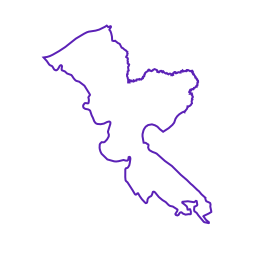 outline of Don Mot Daeng, Ubon Ratchathani, Thailand, rotated 173°
{"feature_id": "78962969B4168813310505", "entity_name": "Don Mot Daeng", "entity_type": "district", "adm_level": 2, "iso_a3": "THA", "parent_name": "Thailand", "parent_adm1": "Ubon Ratchathani", "projection": "orthographic", "projection_center": [104.981, 15.398], "detail": "fine", "context": "isolated", "style": "outline", "palette": "violet", "viewbox_px": 256, "rotation_deg": 173, "n_neighbors": 0, "source": "geoboundaries", "source_scale": "gbopen_adm2", "svg_char_len": 5777}
<svg xmlns="http://www.w3.org/2000/svg" viewBox="0 0 256 256"><g transform="rotate(173 128 128)"><path d="M158.2,108.0L157.4,105.7L152.3,99.3L145.8,96.6L143.9,96.2L141.4,96.2L136.3,96.8L134.2,95.9L132.8,95.7L132.1,96.0L131.7,96.4L130.9,99.0L130.2,99.2L129.7,99.0L129.4,98.2L129.4,97.1L130.5,93.1L131.3,90.8L132.8,88.9L133.5,88.5L135.1,88.2L135.7,87.3L136.7,79.6L136.8,76.5L136.5,75.7L135.1,74.1L131.0,65.6L129.3,61.7L128.8,61.1L128.3,60.9L127.4,61.3L126.6,62.0L125.9,61.9L124.6,58.8L122.8,55.5L120.4,52.2L119.6,51.3L118.9,51.3L118.2,51.7L117.7,53.0L117.3,54.8L116.2,56.2L115.1,57.0L113.8,57.4L113.1,57.8L112.3,58.9L111.1,61.5L110.6,61.7L109.8,61.5L109.0,60.8L105.8,55.7L102.5,52.2L99.6,49.9L97.0,46.5L95.7,45.5L93.1,44.6L89.0,41.2L88.8,40.7L89.2,39.7L91.4,37.0L91.4,36.4L90.9,35.7L89.5,35.2L88.4,35.6L87.4,37.0L86.5,37.7L85.6,37.9L85.0,37.6L83.7,36.2L81.4,35.0L78.3,35.1L76.8,34.8L76.1,35.1L75.8,37.3L76.2,39.7L76.6,39.9L78.4,39.6L78.8,39.8L78.9,41.8L79.3,43.1L80.9,44.9L83.2,47.1L83.2,47.7L82.9,48.1L77.5,48.0L71.5,46.3L70.5,46.7L69.6,47.4L69.1,47.3L68.8,47.1L68.7,46.6L68.6,43.3L69.0,42.7L71.0,41.9L71.6,41.9L71.8,41.6L72.4,38.7L72.2,37.2L70.2,35.4L68.8,32.7L64.2,25.6L63.4,25.1L61.3,24.4L59.7,23.8L59.3,23.9L59.2,24.6L61.9,27.5L63.9,31.2L63.6,31.5L58.2,33.3L55.6,34.5L55.5,35.2L55.9,39.9L55.4,42.1L55.6,43.4L56.1,43.9L59.1,45.7L59.5,46.4L59.9,48.6L59.6,49.2L63.2,53.3L65.3,56.6L66.7,58.0L70.9,63.2L72.6,65.0L75.8,69.1L81.3,75.1L89.1,85.0L95.4,90.8L102.7,99.1L104.1,100.0L106.6,101.3L109.2,103.2L109.9,104.2L110.4,106.2L109.7,108.5L109.9,109.2L110.8,109.8L112.2,111.1L114.3,111.5L114.6,118.0L114.3,120.2L112.9,123.8L112.0,125.2L110.4,127.0L109.5,127.6L108.8,127.8L108.4,128.2L107.4,128.5L103.8,128.7L100.9,127.4L98.6,125.7L96.5,122.9L93.6,120.0L87.6,122.9L83.5,125.7L81.5,127.7L79.7,131.4L77.8,133.6L75.4,135.4L73.5,136.3L72.0,137.0L70.6,137.3L70.1,136.9L70.0,137.4L69.8,137.7L69.2,137.7L68.5,138.6L67.0,140.0L66.3,142.1L65.7,141.7L65.1,142.2L64.2,142.3L62.5,143.5L61.8,144.7L61.5,144.8L61.6,146.8L61.3,147.3L61.2,148.1L60.6,148.4L60.9,149.4L60.5,149.8L60.3,150.5L59.9,150.7L59.8,150.9L60.2,151.8L60.2,152.7L60.4,152.8L60.4,153.3L60.7,153.3L60.7,153.7L61.0,154.4L61.3,154.4L60.9,154.7L61.6,155.0L62.0,155.4L62.6,155.6L62.9,155.9L62.9,156.3L62.3,157.2L60.7,157.5L60.3,158.2L60.5,158.3L61.7,158.1L61.6,158.4L59.2,158.9L58.3,158.5L57.8,159.2L57.6,159.8L56.7,159.9L55.5,160.6L55.4,160.9L54.9,160.7L54.8,161.4L54.4,161.7L54.0,161.7L53.8,162.1L54.1,162.3L54.0,162.9L53.6,163.7L53.7,164.2L53.2,164.5L53.2,165.0L52.8,165.2L52.8,165.7L53.0,165.8L52.8,166.4L53.4,166.9L53.3,167.6L53.8,167.9L53.6,168.3L53.9,168.9L54.7,169.6L54.7,169.9L55.0,169.8L55.1,170.1L55.3,171.6L56.0,172.7L56.0,173.1L56.6,173.1L56.9,173.6L56.8,174.0L57.1,174.3L57.0,174.7L57.3,175.1L57.1,175.2L57.4,175.5L57.1,175.8L57.4,176.1L57.3,176.5L57.0,176.5L57.2,177.0L57.9,177.0L58.1,176.7L58.7,177.0L59.4,176.8L61.3,178.2L62.6,178.4L63.0,178.1L63.0,177.8L62.8,177.4L63.2,177.2L64.4,177.6L65.6,177.5L66.0,177.8L66.3,177.6L66.8,178.5L67.1,178.2L67.3,177.6L68.1,178.1L68.7,177.8L69.0,176.6L70.0,176.8L70.8,177.2L71.5,177.2L72.2,176.7L72.8,176.9L73.7,176.4L74.0,176.6L74.2,177.7L75.0,177.9L75.4,177.7L75.8,177.1L76.6,176.8L76.7,175.2L77.3,175.2L77.8,174.9L78.0,175.1L77.9,175.6L78.6,175.4L78.6,176.3L79.4,176.8L80.4,176.9L81.2,176.3L81.8,176.6L82.8,177.8L83.4,177.4L83.9,177.5L85.2,178.6L86.2,180.1L86.8,179.9L86.6,179.2L86.9,179.0L87.3,179.3L87.7,180.6L88.1,180.7L89.0,180.7L89.6,180.0L90.5,179.5L90.8,179.6L90.9,180.1L91.4,179.9L92.1,180.1L92.2,181.9L94.4,183.2L96.0,182.7L96.3,182.2L97.6,181.6L97.9,181.9L98.8,182.0L98.9,182.3L99.3,182.3L99.9,183.3L100.5,183.4L101.3,182.6L101.4,182.0L103.2,181.3L104.2,180.6L104.2,180.2L104.8,179.7L104.8,179.1L105.5,178.6L105.4,177.7L105.7,177.2L106.9,177.1L107.1,176.7L107.1,175.5L107.3,175.4L108.0,175.5L108.3,174.9L108.9,174.5L109.4,174.8L110.0,174.7L110.7,175.3L111.0,175.2L111.1,174.7L112.7,175.1L113.5,175.1L113.9,174.0L114.9,174.2L115.5,174.0L116.3,174.5L116.3,174.2L116.1,173.7L116.9,173.4L118.0,173.9L118.4,174.3L118.7,173.9L118.9,173.9L119.5,174.7L120.4,175.3L120.9,174.0L120.9,173.0L122.3,173.2L121.9,176.0L122.2,177.2L122.1,177.9L122.6,179.5L122.4,181.4L121.8,181.5L121.4,184.3L120.3,184.9L120.5,186.1L120.5,188.6L119.8,189.4L119.1,190.8L119.2,191.1L119.9,191.3L120.5,192.6L120.0,193.5L120.0,194.1L120.3,194.6L120.1,195.6L119.8,196.0L119.7,197.2L121.2,198.7L120.9,199.3L119.9,200.2L119.8,201.1L119.3,201.8L119.7,202.5L119.3,203.6L120.3,204.6L120.4,205.0L122.0,206.3L123.5,208.0L124.5,208.5L126.0,212.5L127.7,213.6L130.2,216.2L130.9,216.0L131.8,216.1L132.9,216.6L133.0,217.4L132.8,220.7L133.1,223.8L133.6,226.2L134.4,227.4L134.5,228.0L132.6,230.3L132.6,230.9L133.1,231.2L134.6,230.7L135.4,230.6L136.6,232.2L138.7,231.2L144.5,229.2L148.3,228.6L155.2,228.4L157.2,228.0L160.2,226.9L168.8,223.1L180.6,215.9L187.1,212.7L193.8,209.9L196.8,208.9L199.6,208.4L203.2,208.3L200.4,204.3L198.5,200.6L197.7,199.8L196.0,198.8L195.5,198.2L194.2,195.2L193.7,194.7L192.4,194.0L191.3,194.3L190.1,195.3L188.2,197.9L187.3,198.5L186.5,198.4L186.1,197.8L186.0,197.1L186.7,194.7L186.7,193.7L186.5,193.3L183.8,191.9L181.8,189.5L177.8,187.5L177.3,186.8L175.8,183.8L174.5,181.9L173.6,181.1L170.8,179.9L166.1,175.3L162.0,166.5L161.7,165.5L163.6,163.3L163.4,161.4L163.5,159.9L163.9,158.4L164.2,157.6L164.8,157.3L166.9,157.9L167.8,157.9L168.3,157.6L169.7,156.0L169.9,154.6L169.6,153.5L168.1,152.2L165.3,151.3L164.1,150.5L163.5,149.8L162.5,144.9L161.6,142.4L160.7,138.8L159.7,137.0L158.8,136.2L157.7,135.7L154.7,135.1L151.4,135.3L148.0,136.5L146.5,136.7L145.5,136.6L144.8,135.8L145.0,134.3L148.3,127.0L148.3,125.9L147.8,123.7L148.2,121.9L150.2,119.2L152.7,117.1L153.6,116.8L156.0,117.1L157.6,115.8L158.1,114.9L158.6,111.9L158.6,110.5L158.2,108.0Z" fill="none" stroke="#5b21b6" stroke-width="2"/></g></svg>